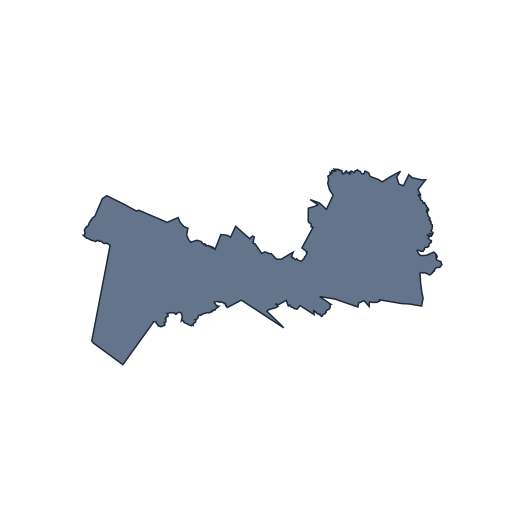 outline of Ocampo, Durango, Mexico, rotated 148°
{"feature_id": "50627088B65155836914423", "entity_name": "Ocampo", "entity_type": "district", "adm_level": 2, "iso_a3": "MEX", "parent_name": "Mexico", "parent_adm1": "Durango", "projection": "albers", "projection_center": [-105.7, 26.458], "detail": "fine", "context": "isolated", "style": "filled", "palette": "slate", "viewbox_px": 512, "rotation_deg": 148, "n_neighbors": 0, "source": "geoboundaries", "source_scale": "gbopen_adm2", "svg_char_len": 6099}
<svg xmlns="http://www.w3.org/2000/svg" viewBox="0 0 512 512"><g transform="rotate(148 256 256)"><path d="M74.9,232.5L82.2,239.8L83.3,244.0L93.7,237.5L96.7,241.2L94.8,248.5L88.5,251.3L99.4,252.0L109.7,252.0L111.5,255.8L116.8,262.7L117.0,263.4L116.5,266.4L116.6,267.3L117.7,268.5L117.8,269.5L118.4,270.1L118.9,270.2L120.1,268.9L121.4,268.8L122.6,269.4L122.9,271.5L122.8,272.5L123.2,273.2L123.8,273.6L124.2,275.3L124.5,275.4L124.7,274.8L127.0,275.7L127.6,275.0L128.7,274.7L129.2,276.0L130.2,277.6L130.9,276.9L131.8,277.4L132.0,276.7L132.4,277.3L132.6,276.6L132.3,276.1L133.0,275.6L133.5,276.4L133.3,277.5L133.7,277.6L134.5,279.2L134.2,280.3L134.6,280.4L135.1,279.8L136.2,279.9L136.3,279.0L138.1,279.8L138.7,279.5L139.2,279.9L138.4,281.7L138.6,283.0L138.2,283.1L139.3,284.1L139.8,285.0L140.0,284.8L140.6,286.3L141.9,286.7L142.5,287.3L143.0,286.1L143.4,285.8L143.9,286.0L144.0,286.8L143.5,286.8L143.3,287.1L143.3,287.7L143.6,288.1L143.6,287.5L144.1,287.6L144.7,286.8L145.1,286.7L145.4,286.8L145.2,287.4L145.8,288.1L146.8,288.2L147.4,287.0L148.7,287.1L148.9,287.6L149.3,287.0L149.3,286.5L146.9,285.9L152.8,285.6L153.7,282.8L156.7,279.5L158.6,272.9L158.3,266.7L171.6,258.2L174.0,267.3L180.2,275.1L176.3,266.7L180.0,267.0L186.3,268.8L193.1,258.2L193.5,256.7L192.3,253.8L193.9,251.6L192.3,250.2L212.8,238.5L210.5,232.4L211.3,232.6L212.0,230.7L214.5,229.5L215.5,229.4L216.3,228.4L220.2,227.6L220.8,227.8L222.7,230.4L222.9,232.1L224.2,231.9L224.8,232.2L225.0,234.1L225.8,234.8L225.7,235.3L226.1,235.2L226.3,235.6L226.2,236.1L226.4,236.6L222.4,239.6L236.5,239.9L240.4,242.6L241.8,249.8L243.6,251.1L246.1,254.7L249.8,255.2L250.4,267.0L251.9,268.3L247.4,273.1L248.2,274.7L252.3,274.1L257.5,292.0L267.6,285.4L269.7,289.1L274.5,292.8L287.0,283.4L287.1,284.4L287.3,284.7L287.7,284.5L287.9,285.9L288.6,285.6L288.6,287.0L288.9,287.0L288.7,287.2L289.6,288.1L289.8,288.7L290.5,288.8L290.3,289.3L290.5,289.8L292.2,290.7L292.4,291.4L293.0,291.4L292.7,291.9L292.8,292.2L293.2,292.2L292.9,293.1L293.1,293.6L294.1,293.8L294.0,294.1L294.5,294.6L294.9,297.4L297.8,300.7L303.5,302.1L304.1,302.0L304.5,305.9L303.8,310.5L299.0,315.6L301.5,319.2L302.5,324.5L301.7,329.9L313.5,331.6L331.2,357.0L333.6,357.6L340.8,370.3L350.6,386.2L355.9,386.1L371.4,375.2L374.9,374.8L376.3,373.9L376.4,374.1L377.0,373.9L377.4,373.4L378.3,373.4L378.8,372.7L379.7,372.6L382.0,370.8L383.2,370.4L383.6,370.6L383.8,370.3L384.5,370.6L386.4,369.8L387.7,368.9L388.4,367.6L388.7,365.8L389.5,365.5L390.2,364.6L391.5,365.1L390.2,360.8L389.3,360.1L386.9,356.0L386.1,355.7L384.4,353.2L382.1,353.4L381.2,351.6L379.7,350.6L378.2,347.0L375.7,345.9L374.1,342.3L440.3,271.0L440.1,270.5L440.2,268.7L426.5,234.4L377.5,254.5L375.7,253.1L376.2,251.4L375.7,250.1L376.0,248.6L374.3,246.6L373.1,246.0L372.2,246.2L370.4,245.5L369.8,245.8L369.2,247.1L369.3,248.2L367.3,247.9L366.1,250.0L366.4,250.8L366.2,251.1L365.3,251.0L364.2,252.0L363.0,251.4L362.2,251.8L361.8,252.7L362.0,254.2L361.8,254.5L356.6,252.2L356.3,251.5L355.9,251.5L355.3,250.6L355.1,249.2L354.2,248.8L353.4,249.5L350.9,249.0L350.1,248.1L349.6,246.7L350.1,245.8L350.4,244.4L351.4,242.6L352.0,242.4L353.9,240.3L352.4,240.3L352.2,240.0L351.9,238.9L352.3,237.7L350.0,234.5L349.8,233.6L348.1,231.8L347.9,231.1L347.1,231.3L346.1,230.3L344.8,231.9L342.1,232.1L341.3,233.2L341.3,233.5L340.9,233.6L341.2,234.2L340.1,233.8L338.7,234.1L337.6,234.6L337.0,235.6L335.6,236.0L334.5,235.0L331.7,235.0L327.5,233.9L325.8,232.6L325.0,232.4L323.8,232.7L323.3,232.1L322.5,232.8L321.9,232.7L322.0,232.3L321.5,232.3L321.4,232.8L320.7,232.8L320.0,232.5L319.8,231.9L318.9,232.0L317.7,232.8L316.8,232.8L316.3,233.2L315.5,232.6L315.1,233.1L314.3,233.1L314.7,233.4L314.7,233.8L315.7,235.2L316.0,236.1L315.8,237.1L316.2,238.2L315.9,238.7L315.1,239.0L312.3,237.6L311.8,236.3L310.9,236.3L310.7,235.7L309.9,235.7L309.5,235.5L309.2,235.1L309.3,234.6L309.0,234.0L307.9,233.3L307.6,232.3L307.9,232.2L307.4,231.7L307.7,230.4L308.1,229.9L307.7,229.4L307.7,227.5L291.8,226.3L270.5,180.3L271.6,185.4L276.1,203.4L273.6,203.7L266.6,201.7L264.1,201.6L264.3,203.8L265.2,205.3L262.7,202.8L253.9,202.4L255.1,196.5L253.7,196.6L253.4,196.3L253.7,195.9L253.5,195.7L253.4,194.8L252.8,193.6L252.3,193.2L251.5,191.4L249.4,189.1L244.9,190.6L237.7,175.4L235.8,179.8L235.8,177.4L234.9,176.9L234.9,175.4L234.5,174.2L232.6,172.7L233.0,172.2L232.7,172.0L232.7,170.7L232.4,170.0L231.3,170.0L230.5,170.8L229.9,171.0L227.9,170.4L226.1,171.3L226.0,171.8L225.4,172.3L221.9,172.2L220.0,173.4L219.4,174.9L218.9,175.4L218.0,175.1L223.5,187.9L211.9,177.7L196.6,158.7L193.9,161.7L188.0,160.9L186.8,153.2L184.2,156.8L183.7,156.9L182.1,155.1L177.8,152.5L176.7,152.6L175.0,152.2L174.5,153.4L157.6,138.4L151.7,134.3L142.1,125.8L136.7,131.6L134.3,138.0L130.9,145.5L126.0,154.6L124.7,154.5L123.1,152.8L121.9,152.6L118.6,147.8L116.1,147.9L115.3,148.5L114.6,148.4L113.3,149.2L112.8,148.7L111.4,150.0L108.8,150.6L106.8,149.2L105.1,149.1L104.7,149.7L102.9,150.1L102.7,152.0L102.3,152.5L102.2,153.2L104.2,155.8L105.0,157.6L104.4,158.1L103.9,159.8L103.2,159.8L102.8,159.2L102.5,159.5L102.4,160.3L103.1,160.5L103.1,160.8L103.1,161.2L102.3,161.8L102.3,162.2L103.1,165.1L110.7,166.1L114.9,168.3L116.6,169.9L116.9,173.3L116.4,174.6L116.5,175.3L116.2,175.4L114.8,174.4L113.4,172.3L112.7,172.1L111.8,171.4L111.0,172.0L109.8,172.2L109.4,173.0L108.0,173.7L106.0,172.5L104.3,172.7L102.8,174.5L100.2,174.7L99.1,176.1L99.3,176.5L99.9,176.7L100.5,178.9L100.5,179.6L99.4,180.0L98.9,181.1L99.6,183.0L99.2,183.0L99.1,182.1L98.5,181.7L98.0,180.5L96.9,179.9L96.2,180.4L96.1,180.8L96.5,182.5L95.8,181.9L95.1,180.7L93.6,181.8L93.6,182.5L94.0,183.0L94.2,184.9L92.7,185.3L90.8,187.5L90.0,189.1L90.5,190.7L89.5,192.0L89.6,192.7L89.3,193.7L89.3,194.2L90.1,194.9L90.0,195.2L88.7,195.5L88.3,196.1L88.9,198.7L87.8,201.7L87.9,203.0L86.7,202.6L86.3,203.4L86.9,204.3L86.6,204.8L85.8,204.8L85.7,203.7L85.4,203.5L84.9,203.9L85.0,206.4L85.3,206.9L84.9,208.2L85.2,210.6L84.8,211.9L85.1,212.2L86.1,212.2L85.7,214.5L86.1,215.5L86.7,216.0L86.4,217.1L85.4,218.4L85.6,218.8L85.5,219.6L86.2,220.9L85.8,221.9L84.2,220.4L84.0,220.7L83.4,226.5L71.7,230.8L74.9,232.5Z" fill="#64748b" stroke="#1e293b" stroke-width="1.5"/></g></svg>